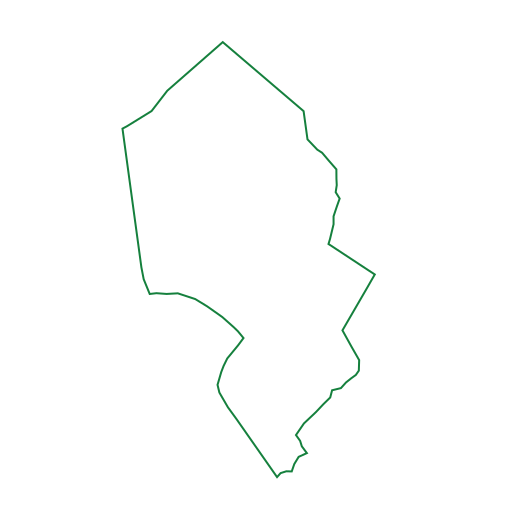 outline of São Luis do Piauí, Piauí, Brazil, rotated 318°
{"feature_id": "56859067B34363734324768", "entity_name": "São Luis do Piauí", "entity_type": "district", "adm_level": 2, "iso_a3": "BRA", "parent_name": "Brazil", "parent_adm1": "Piauí", "projection": "robinson", "projection_center": [-41.277, -6.772], "detail": "fine", "context": "isolated", "style": "outline", "palette": "green", "viewbox_px": 512, "rotation_deg": 318, "n_neighbors": 0, "source": "geoboundaries", "source_scale": "gbopen_adm2", "svg_char_len": 953}
<svg xmlns="http://www.w3.org/2000/svg" viewBox="0 0 512 512"><g transform="rotate(318 256 256)"><path d="M331.9,349.2L317.9,295.6L322.5,292.8L334.9,284.3L340.2,278.4L349.4,273.2L356.6,269.3L357.9,261.9L363.4,257.4L367.4,252.5L373.7,245.4L373.9,233.6L374.2,223.5L372.7,218.0L372.3,203.8L388.3,180.2L374.4,74.8L300.7,73.8L275.4,78.4L246.8,73.2L242.0,72.0L163.2,187.8L157.0,198.1L151.6,213.1L157.1,217.0L164.2,224.4L172.9,231.4L182.0,247.3L186.0,260.7L190.1,278.8L191.8,294.0L192.2,299.8L191.8,308.6L182.9,310.4L166.1,312.9L158.4,316.0L152.5,319.0L141.2,326.0L137.4,333.0L133.9,349.6L132.4,364.0L123.7,434.4L129.0,433.8L134.5,436.3L138.4,440.0L145.3,436.2L153.3,433.8L161.9,436.5L162.7,428.1L165.1,422.9L165.9,415.8L179.6,412.5L196.0,412.1L207.1,411.2L216.5,410.8L222.7,406.7L230.7,411.0L238.3,410.2L245.0,410.6L250.6,411.2L255.7,410.0L263.0,402.4L266.3,387.2L270.5,369.1L317.6,353.9L331.9,349.2Z" fill="none" stroke="#15803d" stroke-width="2"/></g></svg>